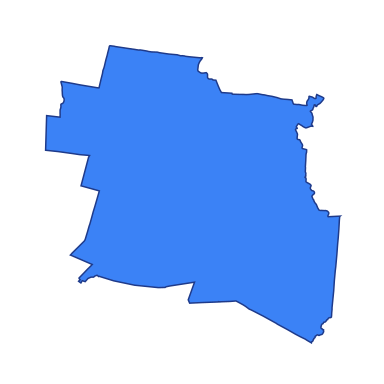 Stolnici, Arges, Romania, rotated 187°
{"feature_id": "2599482B48511043053031", "entity_name": "Stolnici", "entity_type": "district", "adm_level": 2, "iso_a3": "ROU", "parent_name": "Romania", "parent_adm1": "Arges", "projection": "albers", "projection_center": [24.745, 44.58], "detail": "fine", "context": "isolated", "style": "filled", "palette": "blue", "viewbox_px": 384, "rotation_deg": 187, "n_neighbors": 0, "source": "geoboundaries", "source_scale": "gbopen_adm2", "svg_char_len": 5678}
<svg xmlns="http://www.w3.org/2000/svg" viewBox="0 0 384 384"><g transform="rotate(187 192 192)"><path d="M335.5,285.4L335.5,285.2L333.6,280.4L333.3,277.3L332.9,275.2L332.7,273.9L332.4,272.3L331.9,270.8L330.8,269.7L330.3,268.9L330.2,268.4L330.1,267.2L330.2,266.3L330.4,265.5L330.8,264.7L331.3,264.1L332.4,263.5L332.7,263.2L332.8,262.6L332.5,260.8L332.5,259.5L332.9,257.4L332.5,253.8L332.4,253.5L332.3,252.8L332.1,250.2L345.6,250.1L342.4,215.6L330.0,215.8L315.8,215.6L308.1,215.4L300.2,215.7L298.1,215.7L298.9,213.8L302.9,184.6L284.1,181.8L286.6,166.1L287.6,160.5L288.4,154.9L289.4,148.2L290.0,145.3L290.9,139.5L292.2,132.1L292.5,131.1L293.0,130.1L303.5,116.8L304.6,115.1L305.0,114.6L282.2,107.9L283.2,106.5L286.1,102.9L293.1,93.6L293.5,93.2L293.6,92.8L293.5,92.3L292.3,91.3L293.7,89.6L293.4,89.4L291.2,88.2L290.1,90.6L287.1,90.0L284.7,93.5L281.8,95.2L279.3,95.5L278.1,96.8L276.1,97.8L274.3,96.7L273.9,97.0L258.9,94.3L237.6,92.5L213.7,93.0L207.1,94.0L206.1,94.8L202.6,96.0L178.5,102.8L182.6,84.5L180.8,81.4L169.1,83.4L153.6,85.9L151.2,86.3L151.3,86.4L151.0,86.4L148.5,86.8L141.0,88.0L135.1,89.2L132.4,88.2L127.4,86.2L124.7,84.9L120.9,82.7L119.3,82.3L106.2,77.5L92.3,71.9L91.3,71.3L80.3,67.0L72.0,63.5L67.0,61.6L61.5,59.7L60.0,58.9L55.1,56.8L55.1,57.3L55.0,57.8L54.8,58.1L54.3,58.3L53.9,58.9L53.7,59.4L53.7,60.1L53.3,60.6L53.2,61.4L52.5,62.1L52.2,62.5L52.1,62.9L52.2,63.6L52.0,63.9L51.5,64.3L51.1,64.6L50.5,65.3L50.2,65.5L49.7,65.5L48.9,65.1L48.1,65.2L47.6,65.7L47.2,65.8L46.7,66.1L45.8,66.4L45.5,66.7L45.2,67.0L44.6,68.4L44.3,69.3L44.4,70.0L44.6,70.5L44.6,71.3L44.8,71.4L45.2,71.3L45.4,71.3L46.2,71.9L46.2,72.1L46.3,72.2L46.7,72.4L47.1,72.4L47.3,72.6L47.5,73.1L47.6,73.6L47.6,74.1L47.3,74.8L47.4,75.4L47.3,75.9L46.9,76.4L46.7,77.0L45.9,77.3L45.7,78.0L45.3,78.8L44.2,79.1L43.7,79.5L43.2,80.3L42.9,80.6L42.8,81.2L42.6,81.6L42.3,81.7L41.8,81.9L41.7,82.4L41.5,82.9L41.1,83.5L40.0,84.1L39.1,84.2L38.9,84.3L38.7,84.6L38.4,84.8L38.4,85.2L38.4,86.0L38.4,86.4L38.5,87.7L38.6,88.9L38.7,92.8L38.8,93.4L38.9,94.0L39.2,106.5L39.3,110.9L39.9,121.3L40.2,131.3L40.2,135.3L40.6,147.7L41.1,157.9L41.3,164.9L41.7,173.1L42.3,182.0L42.4,185.8L42.1,186.1L53.6,184.1L53.9,184.1L54.1,184.3L54.1,184.5L54.2,184.8L54.2,185.2L53.7,186.7L53.6,187.6L53.8,188.2L54.2,188.7L55.3,189.5L55.7,189.7L56.6,189.8L57.1,189.9L58.1,189.7L61.1,189.5L62.4,189.3L63.1,189.4L63.9,189.7L64.6,190.7L65.4,191.7L65.7,192.3L66.2,193.3L66.5,193.6L67.0,194.7L67.7,195.4L68.7,196.3L69.2,196.9L69.4,197.4L70.0,198.1L70.1,198.8L70.8,199.4L71.1,199.8L71.9,201.2L72.1,201.7L72.5,202.4L72.2,203.0L71.5,204.1L70.6,205.0L70.4,205.3L70.3,206.0L70.4,206.4L70.6,206.9L70.9,207.3L71.5,207.7L72.1,207.9L73.1,208.0L73.5,208.1L74.0,208.7L74.6,209.2L74.8,209.6L75.0,210.0L75.1,210.7L74.6,212.6L74.6,212.9L74.8,213.3L75.7,214.1L76.4,214.4L77.5,214.9L78.2,215.1L79.8,215.8L80.0,216.1L80.2,216.3L80.3,218.5L80.6,219.6L80.8,219.8L81.6,220.2L81.6,220.4L81.6,220.6L81.2,220.8L81.1,221.0L81.2,221.7L81.0,221.9L81.0,222.2L81.2,222.7L81.2,224.0L81.3,224.5L81.5,225.0L81.9,225.6L82.0,225.9L82.3,229.9L82.6,231.1L82.6,231.8L82.7,233.5L82.9,236.7L83.0,238.0L83.4,243.0L83.3,244.7L83.1,245.5L83.2,246.3L83.3,247.6L83.3,247.8L83.5,248.0L84.0,248.1L87.3,248.5L87.8,248.7L88.1,249.0L88.2,249.3L88.0,250.7L87.9,251.6L88.1,252.2L88.5,252.9L90.1,254.8L91.2,256.7L91.7,257.0L92.6,257.0L93.4,257.1L93.7,257.2L94.0,257.5L94.2,258.0L94.3,259.4L94.3,261.5L94.3,262.0L94.5,262.6L94.8,263.1L95.4,264.2L96.5,265.8L96.8,266.3L96.9,266.6L96.8,266.8L96.5,267.3L96.3,267.5L95.5,267.8L95.3,268.0L95.4,268.3L96.3,269.0L96.4,269.5L96.2,270.2L95.2,272.1L95.0,272.5L94.6,272.8L94.2,272.7L93.6,272.4L92.4,271.8L91.3,271.4L90.2,270.7L88.6,270.0L87.0,269.5L86.5,269.6L85.7,269.9L82.3,271.7L81.6,271.9L80.1,271.9L80.1,272.0L81.7,273.9L81.0,276.0L80.8,277.3L80.7,278.1L80.8,278.8L81.0,280.9L81.1,281.3L82.1,283.4L82.3,284.1L82.7,284.9L83.2,285.4L84.3,286.3L84.4,286.6L84.3,286.8L84.1,287.0L82.6,288.0L82.2,288.5L82.1,289.7L81.6,291.0L81.4,291.9L81.3,292.9L81.2,293.4L80.7,293.5L80.3,293.4L80.0,293.0L79.6,292.2L79.3,292.0L78.8,292.1L78.6,292.4L78.3,293.4L78.1,293.7L77.9,293.9L75.8,295.5L74.6,297.1L73.5,298.8L73.1,299.4L72.6,300.7L72.6,301.1L72.9,301.5L74.8,302.3L77.6,303.1L79.3,303.7L79.7,303.9L80.0,304.0L80.1,303.8L80.4,301.9L80.4,301.2L80.3,300.6L80.3,300.3L80.5,300.0L81.2,299.7L81.9,299.8L83.5,300.6L84.3,300.9L87.3,301.3L87.5,301.1L87.4,299.4L87.4,299.1L87.9,297.9L88.8,296.2L89.0,295.3L89.0,294.1L88.8,293.3L88.4,292.3L88.4,292.0L88.8,291.8L91.5,291.6L93.3,291.6L96.6,291.9L98.5,291.6L101.8,291.6L102.1,291.9L102.3,292.1L104.0,295.6L108.8,295.5L112.1,295.3L115.0,295.3L119.2,296.1L124.2,296.7L129.1,296.9L131.5,297.2L134.1,297.2L138.9,297.6L140.3,297.4L147.1,295.8L150.0,295.3L152.9,295.1L157.4,294.6L163.9,294.0L164.4,294.9L174.9,294.3L176.9,297.0L179.0,300.6L181.9,305.9L184.7,305.7L184.8,305.9L185.5,306.3L186.3,306.5L187.3,306.4L188.1,306.2L188.9,306.3L189.6,306.5L190.1,307.0L190.5,307.5L190.7,308.6L190.8,310.1L191.1,311.1L192.0,311.9L192.4,312.2L194.9,311.5L195.8,311.3L196.9,311.2L197.8,311.3L198.8,311.7L200.6,312.7L201.0,313.3L201.2,313.9L201.2,319.1L200.6,321.2L200.1,322.6L198.4,325.5L198.1,326.5L199.0,326.5L199.9,326.2L211.2,325.9L214.0,325.9L215.2,325.9L215.9,326.1L218.4,326.1L219.7,325.8L223.4,326.4L232.1,326.1L241.4,326.3L243.4,326.6L248.2,326.2L248.8,326.1L252.5,326.2L253.8,326.4L257.9,326.6L261.1,326.7L261.7,326.4L285.0,327.0L286.5,327.1L286.9,327.2L291.2,327.2L291.4,327.1L291.7,326.7L291.8,326.4L292.1,323.4L292.6,319.9L292.8,317.7L293.6,312.6L294.3,306.0L294.6,304.2L295.2,301.7L295.3,298.7L296.1,292.3L296.9,284.8L296.9,284.2L297.8,283.9L316.6,284.7L323.6,285.2L335.1,285.8L335.5,285.4Z" fill="#3b82f6" stroke="#1e3a8a" stroke-width="1.5"/></g></svg>